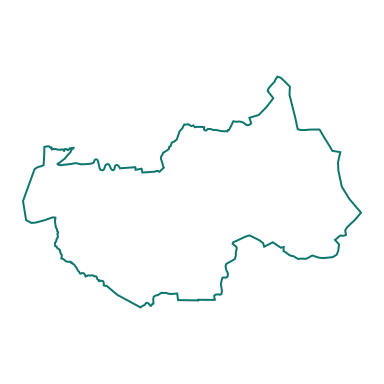 outline of Domnesti, Arges, Romania
{"feature_id": "2599482B99518216474378", "entity_name": "Domnesti", "entity_type": "district", "adm_level": 2, "iso_a3": "ROU", "parent_name": "Romania", "parent_adm1": "Arges", "projection": "natural_earth1", "projection_center": [24.832, 45.212], "detail": "fine", "context": "isolated", "style": "outline", "palette": "teal", "viewbox_px": 384, "rotation_deg": 0, "n_neighbors": 0, "source": "geoboundaries", "source_scale": "gbopen_adm2", "svg_char_len": 5470}
<svg xmlns="http://www.w3.org/2000/svg" viewBox="0 0 384 384"><path d="M338.3,250.6L339.0,244.4L335.0,239.9L340.4,235.5L343.7,235.8L346.0,234.9L345.2,230.5L346.8,227.7L350.4,224.0L353.9,220.9L355.4,219.3L361.0,212.7L349.4,199.0L341.8,186.7L338.4,170.6L338.0,162.4L340.3,152.2L332.3,150.8L329.8,146.4L324.1,137.3L319.6,129.6L317.5,129.5L309.8,129.6L305.5,130.0L301.2,130.1L297.8,129.2L297.7,129.2L295.3,117.9L289.5,94.8L289.9,86.7L284.8,81.5L280.8,77.8L277.5,76.6L275.0,80.4L274.5,81.8L271.9,84.5L269.2,87.6L268.0,89.6L267.8,91.3L268.1,91.5L273.3,98.2L266.6,106.9L258.7,115.0L249.4,117.8L251.2,123.3L250.5,124.0L249.7,124.6L249.1,124.9L248.5,125.1L247.6,125.3L246.6,125.0L245.5,124.3L244.5,123.6L244.0,123.0L242.3,122.1L241.1,121.8L238.9,121.5L236.7,121.8L233.3,121.3L229.1,129.9L229.0,130.0L228.0,130.1L227.9,130.1L227.5,131.3L221.8,131.2L215.7,129.9L213.2,130.0L211.1,129.1L208.8,129.0L208.1,128.9L207.0,129.6L206.3,130.5L206.2,130.5L204.7,130.3L204.0,129.5L204.2,127.2L202.4,127.0L200.3,126.9L197.0,126.9L194.7,127.2L193.4,125.4L192.1,125.9L191.5,126.1L191.4,126.1L189.6,125.1L188.4,124.2L187.6,124.4L184.2,124.6L183.3,126.2L182.3,128.4L179.6,131.2L176.8,139.5L175.6,140.4L174.6,141.4L172.4,142.2L171.5,143.3L170.6,146.3L169.2,146.8L169.1,148.2L168.8,149.0L168.7,149.0L168.1,149.6L164.3,152.2L163.2,152.5L162.7,153.8L162.2,155.1L161.2,156.3L160.9,158.7L161.8,161.4L162.3,162.8L163.3,166.9L163.8,167.7L161.9,169.5L160.7,170.4L159.9,171.4L159.6,171.7L159.5,171.8L158.8,171.7L158.2,171.1L157.5,171.0L156.4,171.0L154.9,171.7L153.3,171.8L151.6,171.8L149.0,172.1L142.4,172.5L141.6,168.8L141.5,168.7L135.6,169.8L135.6,169.7L135.3,167.2L120.1,168.3L120.1,168.2L118.3,165.7L117.7,165.2L116.8,165.0L116.0,165.2L115.2,165.7L114.9,166.7L114.6,168.1L114.4,169.1L114.0,169.7L113.4,170.1L112.5,170.1L111.9,169.8L111.0,168.8L109.7,165.8L109.2,164.9L108.6,164.3L107.8,164.2L107.2,164.2L106.6,164.3L105.8,164.8L105.2,166.0L104.1,169.1L103.4,169.9L103.3,170.0L102.3,170.3L102.2,170.3L101.2,170.1L100.2,169.5L99.7,168.4L98.0,161.2L97.8,160.6L97.5,160.0L97.1,159.7L96.8,159.5L96.3,159.4L95.9,159.4L95.5,159.4L94.9,159.8L94.5,160.4L93.8,162.4L93.1,163.0L91.8,163.5L88.1,164.0L82.2,164.3L80.4,164.2L76.7,163.3L75.2,163.2L73.8,163.4L71.0,164.0L66.3,164.5L64.2,164.8L62.4,164.9L61.2,165.2L60.0,165.1L59.3,165.0L58.7,164.8L58.0,164.5L57.5,164.0L57.5,163.9L59.8,162.6L61.8,160.9L65.1,158.3L67.4,155.3L70.3,152.4L71.3,150.0L72.7,148.6L73.4,148.3L73.6,148.1L73.6,147.8L69.9,148.3L69.2,149.2L68.5,149.5L68.1,150.1L67.7,150.0L66.8,149.3L66.1,149.0L65.2,149.0L64.7,149.2L64.4,149.7L64.4,150.7L64.3,150.9L64.2,150.9L63.9,150.8L63.7,150.0L63.3,149.6L63.2,149.5L62.6,149.5L60.8,149.7L58.1,149.7L55.6,149.0L54.3,149.2L53.4,149.0L52.5,149.3L51.8,149.4L51.7,149.0L51.7,148.9L51.9,148.3L51.9,148.2L51.4,147.5L51.3,147.4L51.0,147.4L50.4,147.7L49.4,146.5L47.9,146.3L47.3,146.3L44.3,147.0L44.3,152.8L43.6,165.1L40.6,166.4L38.5,166.9L36.6,167.8L34.8,168.9L34.0,170.7L23.0,201.1L26.1,220.1L31.3,222.9L35.6,222.6L44.6,220.2L52.5,217.4L55.4,217.6L55.4,218.9L55.0,219.4L55.1,223.3L55.5,224.1L55.3,225.0L55.9,226.5L55.8,227.1L56.0,227.7L56.8,228.7L57.2,229.9L57.2,231.2L58.1,232.1L58.0,233.0L57.4,233.6L57.6,234.4L57.6,235.3L58.0,236.6L57.8,237.4L57.1,238.1L56.4,239.8L56.2,241.4L55.0,242.6L55.2,246.2L56.5,246.5L57.6,248.5L58.6,248.8L60.0,250.4L60.0,251.4L60.5,252.3L60.7,253.8L61.8,254.9L61.8,256.5L61.3,258.4L63.5,259.2L65.4,260.8L66.6,261.6L68.6,261.8L70.8,261.8L71.0,262.5L71.1,262.9L71.3,263.1L71.8,263.1L71.9,262.9L72.2,262.9L72.5,263.6L73.6,264.3L74.2,264.6L74.5,265.0L74.8,265.4L75.8,267.0L76.6,267.9L77.3,269.5L77.9,270.5L79.0,271.7L80.0,273.5L80.4,273.7L80.9,273.5L82.0,273.1L82.7,273.1L83.3,273.1L83.8,273.4L85.2,275.1L85.4,275.5L85.4,276.0L85.4,276.4L85.7,276.5L86.5,276.2L86.9,276.1L87.4,275.6L88.0,275.4L88.5,275.4L89.2,275.5L90.1,275.6L91.2,275.3L92.0,275.3L92.6,275.3L93.6,275.7L93.9,276.0L94.2,276.3L94.4,276.3L94.8,276.4L95.3,276.2L95.9,276.3L96.3,276.5L96.4,276.9L96.7,277.3L97.0,277.7L97.1,278.8L97.7,279.5L98.2,279.9L99.0,280.0L99.2,280.3L99.1,280.7L99.0,281.1L99.4,281.2L99.8,281.1L100.6,280.7L100.9,280.7L101.7,280.9L102.6,281.0L103.3,281.4L103.9,284.2L103.7,285.3L104.2,285.6L105.7,285.9L106.7,285.9L109.3,288.1L117.4,294.9L138.3,306.2L140.6,307.4L142.0,306.2L144.0,305.3L145.0,304.6L145.5,303.7L146.2,302.9L147.5,302.8L149.4,304.4L149.9,305.2L150.1,305.6L150.6,305.8L151.0,305.8L151.3,305.7L151.5,305.5L151.7,305.0L152.2,304.1L152.8,303.5L153.4,303.6L153.5,302.7L153.2,299.4L153.7,296.8L155.0,295.9L156.0,295.4L157.8,295.1L158.4,294.8L161.3,292.8L161.6,292.7L162.0,292.7L162.5,293.0L164.1,293.0L165.5,292.8L168.9,293.8L170.8,294.0L173.7,293.8L177.2,293.5L178.1,300.1L198.2,300.4L198.1,299.8L214.8,299.9L214.9,299.6L214.3,297.8L214.3,295.6L215.9,294.5L216.0,294.5L218.5,294.4L219.9,294.7L220.0,294.7L221.3,294.2L221.9,291.7L221.6,288.2L220.9,285.4L220.9,283.6L222.3,278.0L222.9,277.5L223.0,277.5L226.2,277.6L226.3,277.6L227.5,276.7L228.0,274.0L228.0,273.9L227.2,271.7L226.4,270.5L225.5,266.4L226.3,263.9L234.7,259.2L234.8,259.1L235.9,255.4L235.7,253.8L236.0,251.0L236.7,249.6L236.5,246.9L232.6,243.8L233.1,242.4L245.8,236.5L249.6,235.4L259.4,240.3L263.1,243.1L264.2,246.7L272.8,242.3L280.8,247.7L283.7,247.0L283.5,251.0L286.4,252.8L288.8,254.7L291.3,255.9L293.5,256.2L295.1,257.2L298.2,259.0L300.7,258.6L306.0,258.8L309.0,257.4L312.2,255.5L313.7,255.9L318.2,257.5L322.3,258.1L323.5,258.0L324.2,258.0L332.9,257.1L336.8,254.6L338.3,250.6Z" fill="none" stroke="#0f766e" stroke-width="2"/></svg>